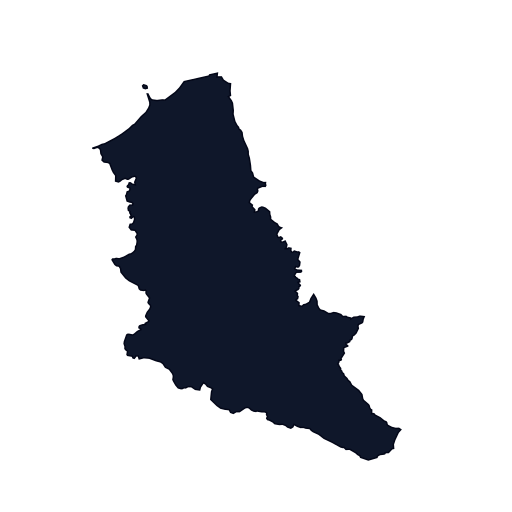 outline of Mele, Shefa, Vanuatu, rotated 106°
{"feature_id": "77236927B59461179812420", "entity_name": "Mele", "entity_type": "district", "adm_level": 2, "iso_a3": "VUT", "parent_name": "Vanuatu", "parent_adm1": "Shefa", "projection": "robinson", "projection_center": [168.323, -17.649], "detail": "fine", "context": "isolated", "style": "filled", "palette": "ink", "viewbox_px": 512, "rotation_deg": 106, "n_neighbors": 0, "source": "geoboundaries", "source_scale": "gbopen_adm2", "svg_char_len": 6137}
<svg xmlns="http://www.w3.org/2000/svg" viewBox="0 0 512 512"><g transform="rotate(106 256 256)"><path d="M411.9,175.1L410.1,173.5L407.4,173.1L408.3,169.3L408.5,165.9L407.6,163.0L407.7,160.7L407.0,156.7L408.3,154.8L409.1,152.5L410.0,146.6L412.5,140.3L413.9,131.9L416.2,121.8L416.1,119.6L415.7,118.6L417.1,116.2L415.9,112.7L417.6,105.9L418.8,103.5L419.3,101.2L420.7,99.9L421.1,91.8L416.3,84.2L415.1,84.2L413.9,83.4L412.7,82.1L411.0,78.2L410.4,77.6L409.4,77.7L408.4,74.5L403.9,72.2L403.0,70.7L399.2,72.1L394.3,71.9L386.3,70.6L383.0,69.0L382.3,71.2L383.3,74.3L383.4,78.3L382.5,82.6L381.8,83.6L380.2,84.4L379.5,85.3L379.3,87.4L377.3,92.1L376.1,97.9L375.3,98.7L375.2,100.2L375.8,101.4L372.1,102.4L371.9,103.4L370.9,104.7L368.5,106.2L367.9,107.0L365.1,113.0L363.7,114.2L360.0,116.0L356.9,120.3L353.9,128.4L351.0,131.2L350.2,133.2L348.7,134.8L346.9,138.2L345.1,139.3L344.3,141.1L343.0,141.9L342.4,143.2L340.7,143.7L339.0,145.9L338.1,146.3L337.5,147.6L334.8,147.1L333.3,147.5L333.0,146.0L332.4,145.5L331.9,145.5L331.7,146.0L330.7,146.0L325.0,144.3L323.5,145.6L319.9,146.4L317.3,143.0L317.0,143.1L316.2,145.2L314.7,145.5L314.5,144.5L312.5,142.4L310.6,142.3L310.0,141.3L309.1,141.0L306.2,141.2L304.9,139.9L302.5,138.6L297.4,137.7L295.6,138.6L293.7,138.8L291.0,135.7L290.0,135.3L287.1,135.6L284.5,135.3L285.2,139.6L286.7,141.7L287.9,145.1L290.2,147.3L289.7,147.3L289.5,148.1L289.7,151.4L289.2,152.8L290.3,155.9L288.9,158.3L288.6,163.1L289.0,165.8L290.7,168.3L291.4,170.5L290.1,175.5L290.2,179.3L289.0,181.2L286.1,183.8L282.6,184.9L280.0,186.8L277.0,190.0L281.6,191.4L285.7,191.8L288.6,194.6L289.8,196.8L291.7,197.8L291.9,201.1L289.0,201.8L287.6,205.5L286.8,205.5L285.6,204.3L283.5,204.4L282.4,205.6L280.8,205.7L280.2,206.3L279.1,208.7L278.3,208.3L276.8,206.5L275.5,205.9L273.6,206.2L272.5,205.3L271.9,205.3L270.9,207.2L269.7,208.3L268.7,206.7L266.8,207.6L266.7,209.4L265.9,210.6L265.7,212.0L265.0,212.5L265.0,213.5L263.6,213.7L260.9,213.0L260.3,212.3L259.2,208.6L258.4,208.0L257.3,208.4L258.2,212.6L257.9,214.9L257.4,215.3L255.2,215.0L255.1,212.8L254.7,212.1L253.0,211.6L249.7,212.1L247.8,215.0L240.7,214.9L240.3,216.1L240.8,217.3L240.7,220.6L241.9,221.2L242.6,222.4L241.2,224.1L239.0,224.5L239.2,226.7L240.0,227.7L240.4,227.6L240.9,229.9L239.3,229.3L236.7,229.4L233.6,232.1L235.4,234.2L235.6,235.7L234.7,236.6L233.5,236.4L232.3,235.4L231.7,235.5L230.8,237.5L231.9,238.9L232.0,240.1L229.2,242.1L224.3,241.0L221.9,239.2L221.8,241.4L221.1,242.8L219.4,244.4L218.7,247.4L216.7,252.1L214.5,252.7L212.1,254.3L209.7,255.1L207.5,260.1L207.2,262.9L207.4,264.1L209.0,266.0L210.2,266.5L211.8,265.9L213.6,267.8L214.3,269.6L211.8,269.9L210.0,273.0L209.3,273.6L208.1,273.5L206.5,277.2L204.4,277.3L202.4,276.7L197.1,274.4L194.8,272.4L192.9,272.2L191.9,272.9L190.4,273.1L187.3,269.2L186.5,266.3L185.3,266.1L184.1,266.9L182.8,267.1L183.4,269.1L183.0,273.4L180.8,280.1L177.2,282.2L175.4,284.5L170.5,286.3L163.8,289.4L160.5,291.5L157.5,292.4L155.2,293.7L148.4,299.6L144.7,302.0L141.1,303.5L139.4,305.4L138.5,307.6L137.1,308.3L135.9,310.2L132.6,313.4L126.0,317.2L122.4,318.0L115.6,320.8L113.6,322.5L110.4,326.5L108.7,324.8L104.5,326.5L97.4,328.0L97.7,330.4L96.0,335.9L93.4,338.6L94.7,342.9L90.9,343.5L94.7,350.5L96.0,350.8L108.2,373.1L115.5,375.7L121.0,378.6L131.2,386.4L131.8,389.1L133.9,394.0L134.6,398.6L134.4,399.8L133.2,401.6L130.0,404.6L130.2,405.2L137.5,400.4L140.1,399.6L143.3,399.9L148.3,401.3L153.5,404.6L162.8,408.9L164.5,410.7L168.6,413.0L175.8,418.5L181.8,423.9L189.9,432.4L191.2,434.8L193.9,437.8L197.5,443.0L197.3,441.4L195.9,439.5L195.1,437.7L196.0,435.6L196.9,434.7L200.4,433.2L202.9,430.6L206.3,430.4L207.5,428.0L206.9,424.1L207.3,422.1L212.8,418.0L215.0,416.0L217.3,413.0L222.7,411.6L222.7,408.6L221.6,407.4L219.5,406.0L217.6,403.5L217.4,402.8L217.7,400.8L217.3,399.8L214.2,397.1L212.7,394.5L212.8,393.7L214.0,392.4L218.4,392.9L220.8,391.6L221.1,395.0L220.3,396.7L220.6,398.0L222.7,398.1L223.9,398.9L224.9,398.9L225.3,398.1L225.3,396.2L226.2,395.5L228.6,395.7L229.8,397.5L232.7,397.4L234.1,397.8L238.7,395.0L238.9,392.2L238.6,390.2L239.6,388.6L241.1,388.7L241.9,391.3L244.0,392.2L245.4,392.1L247.3,391.2L247.9,389.4L249.4,389.2L249.8,388.2L250.8,387.9L251.3,387.1L252.1,387.0L252.9,387.9L253.9,387.7L254.1,386.2L251.9,384.9L251.9,384.2L252.5,383.5L254.2,382.8L257.7,382.9L259.5,383.8L260.2,385.7L263.3,385.8L265.3,383.1L264.6,379.4L267.2,376.3L268.8,376.1L270.9,376.8L273.2,374.8L275.2,374.1L278.5,373.7L280.0,374.3L283.1,373.6L285.0,374.2L287.2,375.6L288.7,377.1L289.2,378.3L293.4,382.4L296.4,386.6L296.9,389.8L297.8,391.0L298.4,393.0L299.3,393.3L303.0,389.3L303.8,387.4L303.5,384.9L303.8,384.4L305.4,382.7L308.7,381.3L313.0,375.2L314.7,371.0L316.6,361.5L317.5,360.5L319.7,359.2L320.5,357.6L320.1,354.5L319.2,352.9L319.8,352.0L321.9,351.5L322.7,350.8L325.7,346.7L330.3,347.0L331.2,346.2L332.3,344.1L333.8,343.2L336.3,343.5L340.1,345.0L343.8,345.5L344.8,345.3L347.8,341.0L349.0,341.5L351.3,343.9L352.3,343.3L353.5,346.2L355.0,348.4L355.9,348.9L357.3,348.7L357.6,346.8L358.5,346.3L361.3,349.2L364.7,351.4L366.0,352.8L366.3,356.7L366.8,358.0L367.6,358.5L374.6,358.9L376.6,358.6L379.1,356.9L381.2,356.4L382.1,355.2L382.8,353.2L386.3,352.8L386.9,352.1L386.4,347.3L387.9,346.1L387.9,344.8L385.1,343.7L384.7,342.7L384.7,341.5L387.1,339.9L384.7,335.9L383.6,330.4L384.2,323.2L384.1,318.5L385.0,315.8L387.9,312.4L388.7,308.1L391.8,304.0L393.2,302.8L395.0,302.1L397.7,301.8L398.9,300.8L402.1,297.5L404.2,294.4L404.2,291.4L403.6,290.0L402.6,289.2L402.1,287.2L400.4,285.5L399.4,282.1L400.9,277.6L400.3,273.2L397.4,273.3L392.0,271.6L392.6,270.8L392.9,269.2L394.7,266.7L395.1,262.8L395.7,261.1L398.7,261.3L406.4,259.9L410.5,252.2L412.0,248.0L411.8,243.6L411.1,239.4L413.3,237.3L413.5,234.4L411.1,232.2L410.2,229.0L405.1,224.8L403.9,222.8L403.9,220.7L405.3,217.9L405.7,215.3L405.4,213.2L404.7,212.5L404.2,207.8L403.3,204.3L403.8,202.4L405.6,202.1L407.4,200.4L408.2,200.9L409.2,200.9L410.1,199.7L410.0,198.1L410.8,194.1L412.0,191.7L411.5,187.1L410.4,184.1L410.7,180.7L411.7,178.5L411.9,175.1ZM122.5,408.3L122.4,411.2L123.7,411.9L125.6,410.5L125.4,409.7L125.7,408.6L124.6,406.8L123.0,407.5L122.5,408.3Z" fill="#0f172a" stroke="#020617" stroke-width="1.5"/></g></svg>